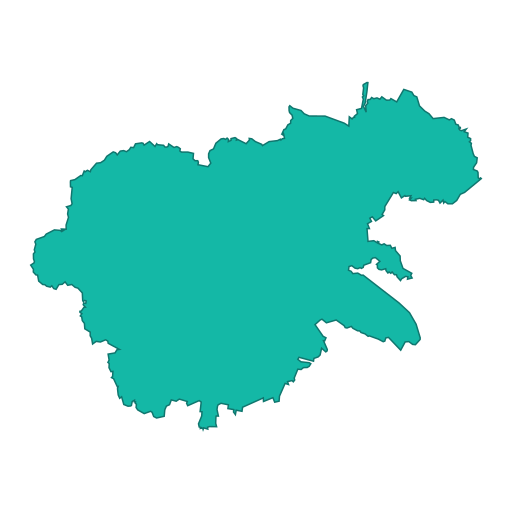 outline of Xalapa, Veracruz, Mexico
{"feature_id": "50627088B48811130716283", "entity_name": "Xalapa", "entity_type": "district", "adm_level": 2, "iso_a3": "MEX", "parent_name": "Mexico", "parent_adm1": "Veracruz", "projection": "robinson", "projection_center": [-96.888, 19.542], "detail": "fine", "context": "isolated", "style": "filled", "palette": "teal", "viewbox_px": 512, "rotation_deg": 0, "n_neighbors": 0, "source": "geoboundaries", "source_scale": "gbopen_adm2", "svg_char_len": 6026}
<svg xmlns="http://www.w3.org/2000/svg" viewBox="0 0 512 512"><path d="M74.9,179.6L70.6,180.6L70.4,181.9L70.5,186.8L72.2,187.4L71.1,198.7L72.1,203.7L70.9,205.5L66.5,206.8L68.4,209.1L67.6,214.0L68.5,217.3L66.1,225.0L66.2,229.2L61.4,229.0L61.9,230.2L63.7,230.3L61.7,231.6L60.3,230.4L54.4,229.9L46.2,234.1L44.4,236.5L36.3,239.4L34.9,241.8L35.8,244.2L34.3,249.8L35.0,252.0L33.4,253.9L33.5,258.9L34.4,261.3L34.1,262.8L30.7,265.1L33.4,269.2L33.3,272.0L35.9,274.9L37.6,275.1L38.7,281.1L42.7,284.5L44.9,284.7L46.6,286.2L50.3,287.1L51.8,285.8L53.8,288.6L56.1,289.3L58.9,284.6L62.2,284.3L65.1,281.9L67.7,285.3L71.8,284.5L75.1,287.3L77.9,288.1L82.3,292.9L82.7,300.6L83.3,301.6L84.7,300.4L86.2,301.0L85.8,303.4L83.8,303.0L83.2,304.7L85.4,307.2L83.9,307.4L81.3,311.0L79.9,311.3L80.0,312.4L81.9,313.6L80.3,315.9L81.7,316.8L82.3,320.6L84.4,323.4L84.8,328.8L90.2,332.1L90.2,335.8L91.6,338.2L92.6,344.0L96.2,341.4L100.4,342.0L105.6,339.8L107.8,341.1L108.2,343.3L119.4,349.4L117.0,349.7L115.0,352.9L108.1,354.1L109.1,360.1L107.9,362.4L109.2,363.5L109.0,367.7L111.0,371.7L112.9,371.4L112.6,376.4L111.5,377.6L113.6,378.7L117.4,386.9L118.1,386.6L117.5,388.6L118.2,394.9L119.7,398.3L121.6,396.8L123.8,404.5L128.0,406.2L130.5,406.0L131.4,405.5L132.2,401.5L134.5,400.2L134.4,401.9L135.5,401.8L135.3,403.3L136.4,404.2L136.1,407.5L137.7,409.9L144.2,413.6L150.6,411.3L152.1,412.3L153.7,416.5L156.6,418.0L164.2,416.3L164.8,409.8L166.4,406.1L169.5,404.7L171.3,399.9L176.2,401.2L179.3,399.1L187.3,401.5L186.6,403.3L187.7,405.7L199.2,400.6L201.2,402.1L200.1,411.6L202.0,411.8L201.7,416.0L198.5,423.8L199.2,427.0L201.0,427.5L200.5,428.4L202.7,428.1L203.1,429.5L203.7,427.9L207.8,429.1L207.5,427.3L209.4,426.6L216.6,426.7L215.7,423.3L215.9,417.3L216.2,416.0L218.4,416.1L217.0,409.5L217.5,406.2L218.1,404.8L221.0,403.3L228.4,404.8L227.9,408.6L233.8,409.6L233.5,412.0L235.4,414.6L236.2,410.2L242.0,411.3L242.6,407.2L263.3,397.9L263.5,401.5L272.9,397.7L274.7,402.2L279.1,401.2L279.5,396.1L285.1,383.4L288.5,384.5L287.5,381.6L292.1,380.6L293.3,381.8L294.7,380.0L294.2,378.1L297.8,369.2L301.1,369.5L303.5,367.6L307.2,367.5L309.2,366.3L310.8,363.7L309.2,362.7L301.0,361.8L297.8,359.3L299.0,357.3L313.5,361.2L313.9,358.4L318.2,356.9L320.1,355.0L321.6,348.2L325.8,351.9L327.1,350.9L327.3,349.5L323.5,340.7L324.7,340.8L326.0,337.8L323.1,336.3L315.0,324.6L320.3,319.9L322.0,319.2L326.4,322.8L336.2,320.0L344.1,325.6L345.2,327.6L347.0,328.0L351.3,326.4L352.9,328.3L357.6,330.8L359.7,330.9L361.0,332.5L365.1,333.9L368.1,336.3L369.4,335.9L378.3,339.1L383.2,341.7L384.8,341.1L385.8,337.9L388.5,337.4L400.7,350.2L405.2,341.9L408.9,341.6L412.6,344.4L415.4,344.7L420.1,339.5L420.2,337.8L416.1,324.2L409.5,312.7L399.1,303.0L363.1,275.1L361.5,275.3L357.8,273.1L352.8,273.6L351.1,271.3L348.5,270.2L349.0,266.5L351.8,265.7L355.1,268.2L357.8,268.7L360.1,267.6L361.4,268.4L363.2,267.4L363.8,265.2L370.6,262.7L371.1,259.6L372.7,258.1L375.4,257.6L379.9,261.3L376.5,264.4L377.4,265.0L377.4,267.8L379.0,269.4L381.6,269.9L385.7,268.7L386.0,270.6L387.9,273.0L389.1,272.0L390.8,273.3L392.1,272.0L394.4,274.7L396.5,274.7L397.1,276.8L400.5,280.6L401.6,278.8L405.6,276.4L407.9,276.7L407.5,279.2L412.1,278.0L410.7,275.4L411.8,273.3L403.0,268.4L400.3,260.8L400.1,256.0L395.5,250.6L395.1,247.4L391.9,248.3L390.3,245.3L386.7,245.5L384.1,243.8L381.7,244.9L378.4,243.4L378.9,242.0L377.5,241.4L377.4,242.9L373.8,240.7L368.0,241.4L367.0,228.6L369.4,228.6L367.5,223.7L371.5,221.4L369.8,218.2L372.3,216.8L375.7,220.9L383.5,215.6L382.1,214.5L384.8,209.8L384.8,206.6L393.4,192.5L396.2,193.6L398.1,191.7L401.4,197.9L404.9,195.6L405.4,196.3L411.0,195.7L409.7,198.1L411.2,198.1L409.5,199.9L411.4,200.7L416.0,200.6L415.4,199.3L419.7,198.3L423.7,199.7L424.6,198.3L426.7,200.6L430.3,202.4L433.7,202.1L433.8,200.0L436.7,199.8L438.5,200.3L440.0,203.1L443.0,200.1L443.7,203.0L444.9,201.5L447.9,203.8L452.4,203.8L456.7,200.5L460.3,194.3L464.6,192.4L481.3,178.6L480.6,177.9L479.4,178.8L478.2,177.8L478.0,172.4L477.2,171.0L473.4,169.5L473.6,167.2L476.6,162.8L477.2,157.8L474.4,156.4L473.2,153.7L471.0,145.3L471.4,143.3L469.4,141.8L470.6,140.6L470.6,138.6L467.7,137.2L468.0,133.1L464.2,131.7L466.3,129.0L461.4,130.7L459.9,130.1L458.9,128.8L460.4,128.1L460.3,127.4L459.0,127.2L458.3,125.0L455.8,124.2L454.3,120.1L451.5,118.7L449.3,119.9L444.1,117.4L433.1,118.6L429.0,113.7L424.8,111.1L419.5,105.9L416.8,96.9L413.9,95.6L411.8,92.1L403.8,89.4L396.7,101.9L390.9,98.6L389.8,100.1L386.5,100.2L381.8,96.8L379.9,99.2L377.0,97.9L373.8,98.7L371.6,97.5L370.3,99.4L368.0,99.6L367.2,102.0L367.9,103.0L365.7,105.7L366.2,112.2L363.5,106.4L365.2,102.9L366.9,91.8L367.9,82.6L367.0,82.5L363.3,84.6L363.0,85.8L363.6,87.9L362.8,94.5L363.7,95.8L362.4,97.0L363.3,99.1L361.5,108.4L356.6,109.7L357.5,113.6L354.5,116.1L354.6,117.3L353.6,117.2L352.1,118.9L349.3,116.8L348.8,126.1L344.3,123.2L325.1,116.1L309.2,116.0L304.2,113.8L301.0,110.5L292.9,108.2L289.8,105.7L289.0,106.9L289.1,110.7L289.6,112.6L292.1,115.2L292.8,118.4L290.7,120.5L290.6,123.3L287.9,124.8L285.7,128.9L283.9,129.6L282.4,132.9L283.1,132.7L283.7,134.1L282.3,134.5L284.0,135.7L284.5,138.4L282.4,138.7L280.9,140.0L280.4,139.2L277.5,140.6L269.1,141.6L262.5,145.6L261.7,144.3L255.4,141.6L251.8,138.8L249.2,138.4L249.4,140.1L246.1,143.7L237.9,139.6L236.4,140.1L236.7,138.6L235.0,137.6L231.0,138.6L231.0,140.4L228.3,141.6L228.6,139.5L227.1,138.1L225.4,139.4L223.8,138.5L221.1,138.9L215.9,143.2L213.5,148.9L210.0,150.6L208.6,153.8L208.6,157.6L210.8,163.1L208.0,166.7L198.0,164.7L198.4,162.2L197.7,160.7L195.0,160.7L193.0,158.8L193.5,153.4L188.0,152.1L181.4,152.1L179.8,150.9L180.3,148.8L178.5,147.4L176.7,146.6L174.0,147.5L168.7,143.9L168.0,146.5L166.5,147.1L164.9,147.0L163.6,145.3L157.5,144.7L156.7,143.7L155.0,146.5L149.6,141.5L144.1,145.1L143.0,143.2L141.6,142.9L135.5,143.8L133.6,147.6L130.8,147.3L129.4,149.6L126.5,151.7L123.6,150.6L120.3,151.1L117.2,154.9L115.6,152.7L113.2,151.9L106.8,156.3L104.4,160.2L100.6,162.7L96.5,163.2L90.9,169.7L90.3,171.7L87.4,170.3L85.2,171.7L84.2,171.0L82.3,175.7L80.8,175.5L74.9,179.6Z" fill="#14b8a6" stroke="#0f766e" stroke-width="1.5"/></svg>